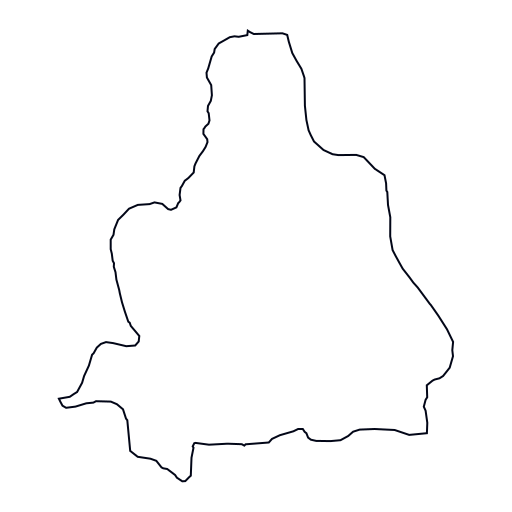 the district of Mataquescuintla, Jalapa, Guatemala
{"feature_id": "79465075B64260644411461", "entity_name": "Mataquescuintla", "entity_type": "district", "adm_level": 2, "iso_a3": "GTM", "parent_name": "Guatemala", "parent_adm1": "Jalapa", "projection": "mercator", "projection_center": [-90.217, 14.569], "detail": "fine", "context": "isolated", "style": "outline", "palette": "ink", "viewbox_px": 512, "rotation_deg": 0, "n_neighbors": 0, "source": "geoboundaries", "source_scale": "gbopen_adm2", "svg_char_len": 2450}
<svg xmlns="http://www.w3.org/2000/svg" viewBox="0 0 512 512"><path d="M244.3,445.6L245.6,444.3L268.8,442.5L272.0,438.9L279.9,435.2L293.4,431.3L298.1,429.0L302.8,429.0L304.7,431.9L306.4,433.2L308.1,437.6L310.9,439.7L316.2,440.9L330.5,441.1L340.5,440.2L348.2,436.0L353.1,431.7L359.7,429.6L374.6,429.0L394.7,430.0L409.2,434.9L426.9,433.2L427.3,422.8L425.6,410.7L423.8,406.7L425.6,399.8L427.2,397.3L426.8,385.3L432.2,380.9L433.3,380.2L434.8,379.5L439.5,378.3L443.1,376.0L449.7,367.7L453.0,356.2L452.3,350.2L453.1,341.9L447.0,329.3L438.2,315.5L430.7,304.8L429.9,304.0L417.7,287.5L413.3,282.6L409.6,277.5L402.7,268.7L399.4,262.8L395.5,255.7L392.6,250.1L390.2,236.4L390.3,217.3L388.0,204.9L387.3,192.0L386.4,190.6L386.1,183.4L384.5,175.2L374.8,168.8L363.7,157.1L356.2,154.9L338.4,155.1L332.5,154.2L323.5,150.0L314.0,141.5L310.7,135.0L308.6,130.3L306.4,120.0L304.9,105.7L304.5,78.1L304.0,76.4L301.4,68.8L296.6,60.9L292.3,53.1L288.8,41.7L287.2,34.9L282.4,33.3L253.8,34.0L250.0,32.1L247.8,30.7L247.3,35.1L238.7,36.8L234.5,36.3L229.8,37.2L218.7,43.5L214.7,49.0L214.1,52.6L211.7,56.4L208.2,68.5L206.5,72.7L206.9,77.5L211.2,85.1L211.9,95.3L210.8,100.9L208.0,105.9L207.5,111.3L208.7,113.2L209.5,120.4L208.4,123.8L206.7,125.3L205.3,126.6L204.6,127.8L203.5,129.2L203.4,133.9L207.2,139.2L207.5,142.1L205.6,146.9L203.0,151.1L199.4,155.9L195.5,163.5L194.4,166.3L193.7,172.5L188.4,178.0L186.2,179.7L184.8,180.7L181.9,186.0L180.5,187.9L179.6,195.0L180.5,200.4L179.1,202.3L178.2,203.1L176.4,207.4L171.0,209.8L168.1,209.1L162.3,203.9L154.5,202.4L149.6,204.1L137.8,204.9L129.0,208.7L123.5,214.6L118.1,219.9L114.3,229.3L113.5,234.8L110.7,239.6L110.7,249.2L111.8,253.6L112.7,260.8L114.0,263.2L113.8,266.8L115.5,272.2L116.4,279.6L119.2,290.0L119.8,293.2L122.0,302.3L124.8,311.4L126.5,316.4L128.3,321.7L129.7,322.7L130.8,325.9L139.3,336.0L138.7,341.5L135.2,345.5L126.3,346.2L113.1,343.1L106.0,342.1L100.9,343.9L96.8,347.6L93.6,353.3L92.1,354.7L88.9,365.6L84.1,376.0L82.1,382.8L77.1,392.0L73.7,394.1L69.8,396.8L58.9,398.7L60.4,401.8L62.5,405.7L66.1,407.8L75.5,406.6L86.3,403.3L93.4,402.6L96.0,401.2L110.8,401.6L116.9,404.2L123.0,409.3L126.0,418.6L127.3,420.2L130.2,450.9L137.7,456.8L150.4,458.7L156.3,460.8L161.5,467.4L163.2,468.3L167.2,469.0L175.1,475.0L176.9,477.7L182.3,481.3L185.3,481.1L189.0,477.3L190.8,475.7L191.5,457.7L193.5,447.7L192.7,446.4L194.3,443.2L195.5,442.9L209.0,444.7L227.5,443.7L241.8,444.2L244.3,445.6Z" fill="none" stroke="#020617" stroke-width="2"/></svg>